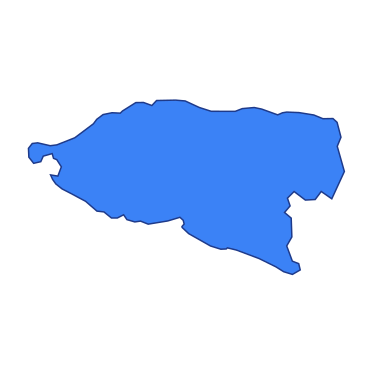 outline of Northampton, United States of America, rotated 81°
{"feature_id": "52423323B63825786634762", "entity_name": "Northampton", "entity_type": "district", "adm_level": 2, "iso_a3": "USA", "parent_name": "United States of America", "parent_adm1": "", "projection": "natural_earth1", "projection_center": [-75.874, 37.321], "detail": "fine", "context": "isolated", "style": "filled", "palette": "blue", "viewbox_px": 384, "rotation_deg": 81, "n_neighbors": 0, "source": "geoboundaries", "source_scale": "gbopen_adm2", "svg_char_len": 1224}
<svg xmlns="http://www.w3.org/2000/svg" viewBox="0 0 384 384"><g transform="rotate(81 192 192)"><path d="M141.5,41.3L140.1,51.2L135.0,59.6L130.3,73.9L127.9,85.9L127.9,90.2L129.2,95.3L121.0,110.2L118.3,117.3L117.5,129.3L119.1,136.7L115.3,160.4L109.7,171.5L101.0,184.5L98.7,193.8L96.1,212.7L100.3,218.1L96.0,225.9L94.9,233.5L101.1,248.0L102.9,250.5L101.2,258.6L101.6,267.7L105.3,274.7L109.2,278.7L120.1,299.3L124.3,318.1L124.1,324.8L119.3,336.7L119.1,342.2L123.3,346.7L132.1,347.7L138.9,343.9L138.4,336.6L133.3,333.3L132.2,324.1L137.1,323.5L138.9,320.5L146.7,317.1L155.3,322.0L153.0,329.0L157.8,327.7L162.8,325.2L168.6,319.9L173.2,313.6L184.5,298.6L196.0,288.9L197.9,282.1L205.1,275.6L206.0,269.8L203.8,263.1L209.1,260.6L212.6,253.2L212.7,247.4L216.9,240.3L216.8,220.4L215.1,207.9L218.6,205.1L222.4,204.8L224.5,207.3L225.5,207.3L232.6,201.8L248.2,182.2L253.0,172.5L253.6,167.1L252.7,165.8L256.2,157.4L268.2,136.2L279.0,120.9L285.1,113.9L289.1,105.7L285.9,97.3L279.5,97.8L276.0,103.7L260.1,106.9L252.0,100.4L233.3,98.1L226.7,103.8L221.1,97.3L213.0,98.7L207.5,91.1L217.7,81.3L218.7,71.5L211.7,64.3L220.6,55.0L195.6,38.3L169.6,41.4L161.2,36.3L145.9,37.8L141.5,41.3Z" fill="#3b82f6" stroke="#1e3a8a" stroke-width="1.5"/></g></svg>